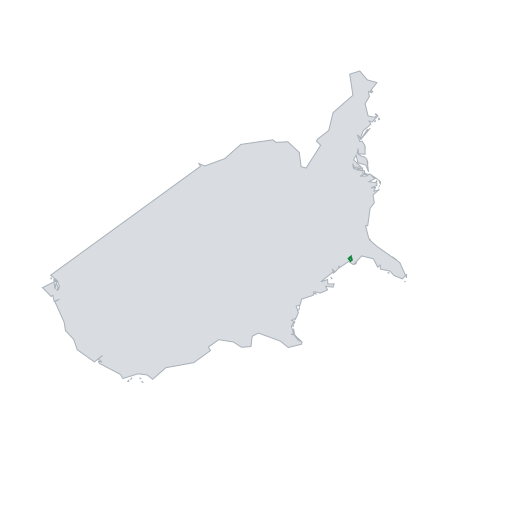 Calhoun, Florida, United States of America shown in context, rotated 324°
{"feature_id": "52423323B11217217149990", "entity_name": "Calhoun", "entity_type": "district", "adm_level": 2, "iso_a3": "USA", "parent_name": "United States of America", "parent_adm1": "Florida", "projection": "natural_earth1", "projection_center": [-85.065, 30.404], "detail": "fine", "context": "in_parent", "style": "filled", "palette": "green", "viewbox_px": 512, "rotation_deg": 324, "n_neighbors": 0, "source": "geoboundaries", "source_scale": "gbopen_adm2", "svg_char_len": 4131}
<svg xmlns="http://www.w3.org/2000/svg" viewBox="0 0 512 512"><g transform="rotate(324 256 256)"><path d="M402.7,185.3L428.9,182.9L438.7,164.0L448.7,167.3L449.6,179.0L455.7,186.8L445.9,189.6L445.4,191.7L443.7,189.0L441.4,193.7L433.8,196.9L429.0,208.6L433.6,213.6L436.6,213.0L435.7,210.8L436.6,211.8L437.0,214.3L428.6,215.9L426.9,213.3L426.2,216.9L416.4,217.7L409.2,222.4L409.9,219.8L409.1,218.0L407.3,224.4L409.4,225.5L408.9,230.9L404.1,237.8L398.8,233.5L401.8,229.2L398.3,232.2L399.8,237.0L402.1,239.8L402.5,242.9L396.5,254.1L398.3,247.1L393.2,240.4L396.3,233.3L391.5,235.5L393.4,245.9L388.6,242.7L387.0,243.0L388.4,239.8L388.3,238.8L386.8,241.4L386.7,243.5L394.0,247.6L392.4,249.4L389.2,245.8L387.9,245.2L392.0,249.6L393.8,250.4L392.8,253.1L390.6,251.0L394.1,255.0L393.3,255.5L391.6,253.5L387.1,252.6L392.7,256.4L396.1,256.2L399.7,265.9L396.6,258.5L397.6,263.3L391.1,262.3L395.8,267.0L398.1,265.7L395.3,270.0L389.0,268.5L392.9,270.8L389.6,272.9L393.5,274.6L386.5,275.5L383.0,282.5L376.4,284.5L364.1,297.2L362.5,295.8L357.8,307.5L357.4,310.4L359.5,319.3L368.5,345.8L365.5,359.8L360.9,360.6L356.3,353.1L355.5,346.9L348.9,339.7L351.1,336.4L347.9,336.6L349.3,327.3L341.6,318.1L329.8,320.3L327.7,314.9L316.1,314.5L317.6,312.4L315.5,314.5L310.2,315.4L310.2,311.3L309.3,314.2L293.3,315.0L300.1,317.1L297.7,320.9L302.8,324.5L300.1,326.5L294.5,321.6L294.0,325.4L286.2,323.8L281.9,318.9L279.1,321.4L267.7,317.7L260.9,322.9L262.6,321.5L259.0,320.1L257.0,326.7L249.9,330.9L251.6,329.6L247.0,328.9L248.5,331.2L243.1,333.9L240.8,341.2L238.4,340.0L240.4,342.0L240.6,348.6L242.7,352.7L241.0,354.1L228.3,349.0L225.7,339.2L212.7,319.8L205.7,318.7L198.7,326.3L190.6,321.3L187.2,312.3L176.7,301.8L163.9,301.7L163.7,305.7L143.1,305.7L117.4,293.4L99.9,295.0L98.1,288.3L91.2,281.9L76.3,276.9L76.7,272.1L66.1,250.7L66.7,248.4L69.0,251.2L67.9,246.6L73.5,246.2L63.0,246.7L56.3,226.8L59.5,216.2L58.0,204.4L61.9,196.7L66.5,174.7L71.6,175.3L66.0,174.2L68.5,168.3L66.5,168.4L64.7,156.1L77.4,158.2L73.9,164.6L78.7,160.0L77.5,165.4L74.3,166.8L76.5,167.0L79.2,164.8L80.8,159.3L78.6,150.8L263.9,150.8L264.1,147.6L267.4,153.0L288.1,158.9L309.3,156.8L337.9,171.9L339.1,175.9L348.9,182.3L351.9,197.7L345.0,210.2L348.2,214.3L373.4,204.4L372.4,198.6L374.6,197.6L388.6,197.2L402.7,185.3ZM419.4,220.4L423.6,219.7L408.9,223.4L421.0,218.9L419.4,220.4ZM78.8,156.1L79.9,159.5L79.7,160.0L77.8,157.4L78.8,156.1ZM242.5,351.5L240.9,345.7L241.1,342.3L241.3,345.8L242.5,351.5ZM446.9,190.0L446.9,191.8L446.2,191.4L446.9,190.0ZM282.0,320.7L282.3,322.0L281.0,320.9L282.0,320.7ZM81.8,282.3L83.6,281.5L83.7,281.8L81.8,282.3ZM79.9,281.8L79.2,282.7L78.6,281.9L79.9,281.8ZM432.4,216.2L431.3,217.4L431.0,217.1L432.4,216.2ZM242.2,339.3L241.2,341.9L243.7,336.8L242.2,339.3ZM365.9,337.0L367.6,342.3L365.6,336.5L365.9,337.0ZM90.4,286.6L91.0,288.1L90.3,286.8L90.4,286.6ZM366.2,360.6L364.8,362.2L367.1,358.7L366.2,360.6ZM400.3,269.2L398.8,271.2L400.0,266.4L400.3,269.2ZM77.4,153.3L77.3,154.2L76.6,153.8L77.4,153.3ZM248.5,332.2L246.0,333.4L248.6,331.8L248.5,332.2ZM436.5,216.7L436.5,218.0L435.2,217.7L436.5,216.7ZM90.0,290.6L90.4,292.3L89.7,290.8L90.0,290.6ZM245.4,334.4L244.3,335.1L245.2,334.0L245.4,334.4ZM401.9,245.1L400.3,247.8L402.1,244.0L401.9,245.1ZM260.1,324.1L258.4,325.1L260.8,323.3L260.1,324.1ZM358.1,308.9L357.8,311.0L357.7,309.5L358.1,308.9ZM394.1,274.9L393.5,275.3L395.1,273.7L394.1,274.9ZM334.0,319.9L332.1,321.0L331.3,320.7L334.0,319.9ZM309.5,315.0L309.1,315.4L308.0,315.3L309.5,315.0ZM353.3,347.1L353.6,348.6L352.9,346.7L353.3,347.1ZM304.3,318.1L304.0,319.5L303.9,317.0L304.3,318.1ZM361.8,364.2L360.7,364.4L362.2,364.0L361.8,364.2ZM408.5,231.8L407.7,233.2L408.7,231.3L408.5,231.8ZM397.5,271.6L396.8,272.1L396.7,272.1L397.5,271.6Z" fill="#d9dde1" stroke="#a8b0b8" stroke-width="1"/><path d="M332.6,312.1L330.9,312.1L330.9,312.5L329.3,312.4L329.3,314.4L329.3,315.7L331.3,315.7L331.5,315.5L331.5,315.4L331.7,315.1L331.7,314.9L331.8,314.7L331.8,314.4L331.8,314.2L332.0,314.0L331.9,313.9L332.0,313.8L331.9,313.7L332.0,313.6L332.1,313.4L332.2,313.0L332.2,312.8L332.3,312.6L332.4,312.3L332.5,312.3L332.5,312.2L332.6,312.1Z" fill="#22c55e" stroke="#15803d" stroke-width="1.5"/></g></svg>